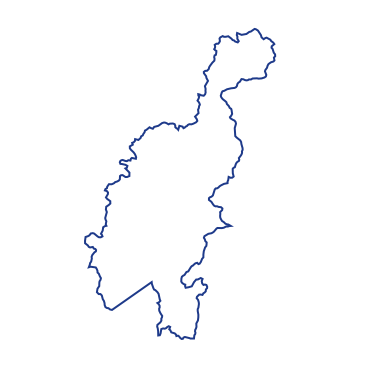 outline of Conselheiro Pena, Minas Gerais, Brazil, rotated 344°
{"feature_id": "56859067B85067754069179", "entity_name": "Conselheiro Pena", "entity_type": "district", "adm_level": 2, "iso_a3": "BRA", "parent_name": "Brazil", "parent_adm1": "Minas Gerais", "projection": "orthographic", "projection_center": [-41.435, -19.174], "detail": "fine", "context": "isolated", "style": "outline", "palette": "blue", "viewbox_px": 384, "rotation_deg": 344, "n_neighbors": 0, "source": "geoboundaries", "source_scale": "gbopen_adm2", "svg_char_len": 6017}
<svg xmlns="http://www.w3.org/2000/svg" viewBox="0 0 384 384"><g transform="rotate(344 192 192)"><path d="M122.1,310.2L121.4,311.9L121.5,313.5L121.1,316.4L120.0,320.6L121.6,320.8L122.8,319.3L124.7,315.3L126.6,315.2L128.2,315.9L129.7,315.7L130.9,315.0L132.6,314.6L133.8,315.7L132.3,317.7L133.1,319.0L133.4,321.2L136.4,323.1L137.3,324.6L137.3,326.2L138.9,326.2L139.8,327.3L140.4,328.9L141.5,330.4L142.7,330.6L143.7,329.6L145.2,329.4L149.2,331.7L150.1,332.4L153.5,333.4L154.8,330.3L155.8,329.6L156.5,328.3L156.5,326.8L157.1,325.4L158.2,324.3L159.1,322.9L159.9,319.6L162.3,317.1L163.5,314.3L164.3,311.7L164.7,307.9L165.2,306.2L166.3,304.9L167.8,301.5L168.1,299.8L168.1,297.4L167.2,295.3L167.9,294.1L170.6,292.6L172.2,293.0L173.7,293.8L175.0,292.5L176.4,292.1L177.8,291.3L178.5,289.5L180.0,288.6L180.5,287.2L180.2,285.3L178.9,284.5L177.4,284.5L176.6,282.7L176.8,280.3L178.2,278.5L176.7,277.1L173.5,277.7L171.9,277.3L169.1,279.2L165.8,282.6L162.4,282.6L159.5,282.3L159.4,280.6L160.0,279.2L158.7,278.3L157.5,276.7L157.0,275.2L157.9,272.4L158.9,270.7L160.4,270.0L161.9,269.7L164.6,267.4L166.5,267.3L170.1,264.0L171.3,263.2L172.5,263.0L173.8,262.3L175.6,261.5L177.5,261.5L178.3,263.1L179.6,263.0L181.2,261.7L183.3,259.0L184.9,258.0L185.7,255.3L187.0,252.2L189.3,248.9L190.9,247.8L191.6,246.2L192.2,244.5L191.3,243.0L191.3,241.1L190.8,239.3L191.8,237.9L196.2,236.7L199.3,237.0L200.7,236.7L202.1,236.2L205.5,233.9L206.6,233.6L210.6,234.9L212.7,235.1L215.2,234.6L216.9,235.1L218.3,235.0L219.9,235.3L218.0,233.3L216.5,232.6L215.3,231.6L214.4,229.9L212.8,228.0L212.3,225.8L212.1,224.5L212.4,222.8L213.2,220.8L213.5,219.1L216.0,217.7L216.7,216.2L215.7,214.6L213.5,213.7L212.1,212.6L210.7,212.3L209.6,211.4L208.9,209.9L207.9,206.7L206.1,204.3L206.6,202.6L207.9,202.0L209.4,201.9L211.1,201.1L214.6,195.8L215.8,195.1L217.0,195.4L218.6,195.0L220.1,194.1L221.8,193.6L225.0,193.0L228.6,193.3L229.1,191.7L230.1,190.5L231.4,187.6L233.1,189.0L234.7,189.3L236.3,188.6L236.4,185.2L237.5,181.0L238.6,180.2L240.0,180.0L241.7,177.4L242.7,176.3L244.0,175.5L245.6,175.1L246.3,174.1L246.4,172.3L248.5,170.8L249.9,169.6L250.9,168.2L251.2,166.7L252.3,165.4L252.7,163.7L252.7,159.5L253.0,157.5L252.6,155.7L249.9,151.9L249.0,150.2L250.7,142.3L253.1,138.5L253.2,136.7L252.5,135.0L251.2,133.9L249.3,131.8L249.1,130.5L250.7,129.5L252.1,128.0L252.6,124.3L252.6,122.9L251.4,121.5L251.1,119.6L249.8,117.0L249.8,115.1L249.0,113.8L247.2,111.3L246.6,110.0L246.2,108.7L246.2,107.4L248.1,104.5L249.1,103.6L250.9,103.6L254.0,102.9L258.2,103.1L261.7,103.7L263.2,103.4L264.4,102.5L265.4,100.7L266.7,99.7L268.4,99.2L270.7,97.1L272.4,97.8L273.9,99.1L275.1,99.7L276.5,99.9L277.8,99.5L279.7,100.1L281.5,99.6L285.7,100.6L287.3,101.4L290.3,102.0L293.3,101.9L294.9,101.3L295.7,99.9L295.4,96.1L296.1,95.0L298.3,93.3L299.5,91.4L300.8,90.1L303.6,89.1L306.3,89.0L307.5,88.3L307.8,85.4L309.4,84.4L309.8,82.6L309.0,80.6L308.9,76.7L308.2,75.3L308.8,73.9L311.9,72.5L311.3,70.8L309.7,68.7L309.3,67.2L306.2,64.2L305.0,64.2L303.0,64.9L301.5,62.5L301.5,60.2L299.9,55.0L298.2,53.1L297.1,52.5L292.7,54.0L291.2,53.9L287.9,55.1L283.0,54.6L279.2,51.6L278.3,53.5L278.5,55.1L277.8,57.2L278.5,59.9L277.2,60.8L274.9,59.2L274.3,58.0L272.9,57.1L272.2,55.5L269.8,52.3L267.3,52.1L265.5,51.6L264.5,50.6L261.8,51.2L260.8,52.0L260.4,54.7L259.3,55.9L258.0,56.7L256.3,56.2L254.4,56.8L254.3,58.8L253.7,59.9L252.7,60.8L253.3,62.0L254.3,63.1L253.9,64.4L252.8,66.7L251.4,66.9L250.5,68.4L250.4,70.2L249.7,71.9L247.2,73.3L244.2,75.6L242.9,76.8L242.0,78.4L239.9,79.6L238.1,79.2L236.5,79.8L236.2,81.1L237.5,84.6L237.3,86.3L238.0,89.6L233.6,93.8L233.5,96.6L232.8,98.5L232.6,99.9L231.6,101.6L229.8,102.7L227.4,101.5L226.4,100.5L225.0,99.7L224.7,101.1L225.2,102.3L224.2,103.9L222.5,105.7L223.2,107.2L223.6,108.8L223.6,110.3L222.5,111.4L221.7,113.2L220.5,114.6L220.0,118.0L215.7,120.4L216.7,123.4L216.7,125.1L215.2,126.1L212.1,126.7L210.1,126.8L208.1,126.1L206.5,126.4L205.3,127.2L204.0,127.4L202.7,128.1L201.4,128.3L201.0,126.6L198.1,124.9L195.9,128.4L195.4,127.2L194.5,126.3L193.8,125.0L194.2,123.7L194.0,122.0L192.5,120.9L189.5,120.2L188.1,120.5L186.8,119.1L185.6,118.1L184.3,117.5L182.3,117.5L177.9,119.1L173.6,119.0L171.8,120.4L170.2,119.3L169.0,118.1L165.3,119.7L163.7,120.0L162.8,121.6L161.4,122.6L160.3,124.0L158.4,124.5L157.5,125.9L154.8,127.2L151.9,125.5L151.2,127.2L149.7,128.1L148.0,128.3L148.1,130.2L144.8,131.0L144.3,132.9L144.9,134.5L146.8,137.8L147.5,139.7L147.8,141.4L147.9,143.2L147.2,144.6L143.6,142.7L142.4,143.2L141.5,144.8L139.5,143.9L137.9,144.4L136.5,143.8L134.2,142.1L132.8,142.0L131.6,142.5L130.8,143.5L130.9,145.2L132.4,145.8L135.5,147.5L137.1,149.1L136.0,150.8L134.5,151.0L137.2,156.1L136.2,159.4L133.7,159.7L132.1,159.2L130.0,156.7L128.5,156.3L127.2,156.8L126.1,160.0L124.7,160.9L122.8,161.3L120.9,161.3L119.6,162.0L118.1,162.3L116.8,162.4L114.3,161.6L111.9,163.6L111.3,164.9L109.6,165.3L108.7,166.5L110.4,167.6L111.1,169.3L110.6,170.8L107.8,173.5L108.5,175.2L110.9,178.3L110.3,180.6L108.3,181.6L105.5,182.5L104.4,185.1L104.6,187.8L101.4,193.1L101.3,194.8L101.6,196.5L100.2,199.3L100.4,200.9L98.9,200.8L96.9,201.4L95.5,204.5L93.0,207.1L93.6,208.4L93.7,210.0L91.8,210.4L90.0,209.8L89.0,208.7L86.5,205.0L85.3,204.2L83.2,204.0L82.2,204.9L81.1,205.5L79.8,205.8L77.3,205.9L75.7,209.5L75.1,211.8L77.2,214.7L77.6,216.2L78.7,217.2L81.5,217.5L82.0,219.3L83.4,220.2L83.8,221.4L83.2,222.6L81.6,223.1L78.8,225.1L77.6,226.7L77.4,228.3L75.9,231.1L74.5,232.2L73.6,233.9L72.1,235.9L74.0,235.9L78.7,238.0L79.2,239.7L79.4,241.6L79.0,243.4L79.9,244.8L80.2,247.7L80.7,249.7L79.8,251.3L78.5,252.4L77.9,253.7L76.9,256.9L74.5,258.9L73.0,262.1L74.2,264.4L75.9,264.9L76.8,266.6L76.7,270.4L77.3,272.5L77.3,274.7L76.9,276.6L77.1,278.8L78.3,280.1L79.7,280.7L80.8,282.3L82.6,283.3L128.4,267.5L128.1,269.2L128.4,274.0L128.7,275.4L129.7,276.2L131.2,278.8L131.8,280.7L131.4,286.4L131.6,287.9L129.9,288.9L128.2,289.2L129.1,290.7L129.5,292.4L129.1,294.0L128.2,295.2L127.8,297.1L128.3,300.0L129.2,302.9L128.6,304.2L127.6,305.3L127.1,307.2L125.6,308.6L122.1,310.2Z" fill="none" stroke="#1e3a8a" stroke-width="2"/></g></svg>